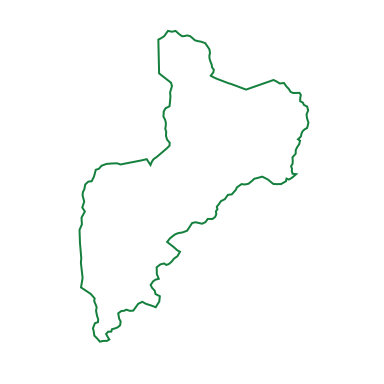 the district of Riachinho, Tocantins, Brazil, rotated 276°
{"feature_id": "56859067B22428854135071", "entity_name": "Riachinho", "entity_type": "district", "adm_level": 2, "iso_a3": "BRA", "parent_name": "Brazil", "parent_adm1": "Tocantins", "projection": "mercator", "projection_center": [-48.146, -6.475], "detail": "fine", "context": "isolated", "style": "outline", "palette": "green", "viewbox_px": 384, "rotation_deg": 276, "n_neighbors": 0, "source": "geoboundaries", "source_scale": "gbopen_adm2", "svg_char_len": 2856}
<svg xmlns="http://www.w3.org/2000/svg" viewBox="0 0 384 384"><g transform="rotate(276 192 192)"><path d="M38.9,109.9L36.6,112.8L33.5,116.1L34.5,118.7L35.1,123.1L36.7,125.2L38.8,123.5L41.8,121.4L44.3,123.2L44.7,126.3L47.1,126.7L48.5,130.1L49.7,132.3L51.9,134.4L55.7,134.6L58.4,132.8L63.6,131.3L66.2,134.1L66.8,136.9L68.1,139.0L67.3,142.7L67.9,146.0L75.2,150.2L77.6,154.1L76.0,157.7L74.9,163.1L73.6,168.0L76.4,169.3L79.6,170.9L85.0,170.9L86.7,166.4L90.0,165.2L92.6,162.2L95.3,160.6L99.1,162.7L100.9,164.7L102.2,168.0L106.7,165.6L110.1,165.2L113.4,164.7L116.7,168.1L118.0,171.7L116.8,174.0L117.8,176.3L120.4,178.9L123.8,181.0L126.6,184.2L131.3,186.3L132.6,183.3L135.1,179.9L139.7,172.5L143.7,175.0L147.8,179.2L149.6,182.4L150.8,186.8L153.0,191.2L161.2,195.4L162.3,198.7L161.5,205.3L163.4,208.5L166.9,210.5L167.3,215.2L169.6,217.6L172.4,218.5L175.3,217.8L177.5,219.1L179.9,218.2L182.9,220.1L185.9,221.7L188.3,225.4L192.9,228.0L193.8,231.8L198.8,235.4L201.2,236.1L205.0,240.4L205.0,243.8L206.1,247.3L209.4,250.6L211.7,252.6L212.7,255.5L214.6,260.2L213.6,263.0L212.3,266.3L210.2,269.4L208.5,272.1L208.7,275.6L209.2,279.7L212.5,284.3L215.2,284.6L214.5,287.0L216.0,289.2L217.9,291.2L220.6,293.7L220.7,290.1L223.0,289.1L225.7,289.0L228.0,287.8L230.3,289.0L233.2,289.0L237.0,288.3L240.9,291.1L244.6,290.8L248.0,292.1L250.7,293.6L254.3,294.1L255.5,291.9L258.6,294.5L261.7,294.8L264.1,295.7L266.1,297.5L267.6,299.7L270.2,300.2L273.2,300.5L277.4,298.7L281.1,297.8L285.2,299.0L289.0,297.6L290.3,294.2L292.5,292.9L293.6,290.1L297.0,289.8L299.9,290.1L301.8,288.6L301.4,285.0L301.0,282.4L301.8,279.7L304.5,277.6L306.9,274.8L310.0,272.1L309.1,267.9L310.9,264.2L311.9,261.4L304.5,245.6L299.5,235.1L303.5,219.6L304.0,216.9L307.4,204.1L308.5,201.0L309.6,198.5L313.2,200.7L315.9,200.9L318.1,198.9L320.9,198.2L324.0,196.5L326.9,195.4L329.6,195.0L332.0,195.4L335.7,194.4L338.5,192.1L341.4,189.6L342.4,185.6L342.6,182.8L343.1,179.2L345.2,176.3L346.9,173.6L347.2,170.8L346.3,168.3L345.9,165.8L347.8,162.5L350.5,158.8L349.3,155.4L349.7,151.2L346.4,149.4L344.1,148.1L341.8,145.3L340.0,142.6L306.5,146.9L298.5,159.7L295.3,161.0L288.7,159.8L284.7,160.6L280.5,160.7L274.9,160.7L272.5,156.9L269.1,155.5L264.1,155.7L261.0,157.7L258.0,158.8L254.9,159.0L252.1,158.8L249.4,160.0L245.0,160.3L241.6,161.7L238.6,164.7L235.7,164.8L232.9,162.5L228.0,157.9L222.8,152.9L220.6,150.3L217.9,148.9L214.5,147.9L219.9,143.5L218.2,138.6L211.9,118.0L212.7,114.4L212.0,109.4L211.0,104.0L208.6,99.2L205.4,97.0L204.0,94.0L197.1,92.9L192.2,91.1L191.5,87.8L188.3,85.0L183.8,84.7L180.4,83.5L177.4,83.5L171.2,85.8L165.1,84.5L161.4,87.5L154.9,84.8L148.3,85.9L142.6,84.1L129.7,85.9L114.6,88.8L110.0,88.9L95.1,92.2L85.5,91.6L80.0,102.0L76.0,106.3L73.4,106.1L67.6,109.2L63.8,109.0L59.2,110.4L55.6,112.0L52.7,112.1L51.4,109.2L46.1,107.7L43.6,108.7L38.9,109.9Z" fill="none" stroke="#15803d" stroke-width="2"/></g></svg>